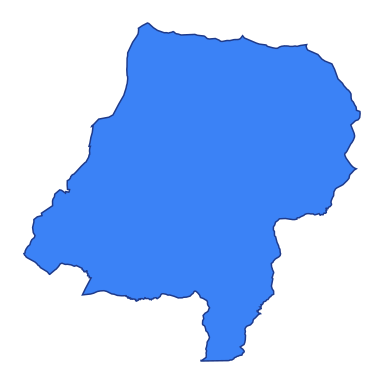 outline of Ocland, Harghita, Romania
{"feature_id": "2599482B57317224017504", "entity_name": "Ocland", "entity_type": "district", "adm_level": 2, "iso_a3": "ROU", "parent_name": "Romania", "parent_adm1": "Harghita", "projection": "robinson", "projection_center": [25.454, 46.155], "detail": "fine", "context": "isolated", "style": "filled", "palette": "blue", "viewbox_px": 384, "rotation_deg": 0, "n_neighbors": 0, "source": "geoboundaries", "source_scale": "gbopen_adm2", "svg_char_len": 5936}
<svg xmlns="http://www.w3.org/2000/svg" viewBox="0 0 384 384"><path d="M201.1,361.0L228.8,360.6L230.3,360.0L231.8,360.0L233.9,358.7L234.4,357.7L236.2,357.0L236.7,356.5L238.6,356.0L239.3,355.5L241.9,355.1L242.7,353.1L243.5,352.7L244.0,352.1L244.2,351.5L244.0,350.8L242.9,349.3L240.6,347.5L240.2,346.9L244.0,344.5L244.8,342.5L245.3,339.8L245.5,335.7L245.5,335.1L245.0,334.4L244.9,333.8L245.4,331.4L245.0,329.6L245.0,328.8L245.5,327.8L246.3,326.7L247.2,326.0L250.5,324.8L252.7,322.4L253.3,319.7L254.0,318.9L255.4,317.8L258.2,314.8L259.6,313.9L260.5,313.7L260.0,313.2L259.0,313.3L258.3,312.3L257.2,311.6L257.2,310.9L257.7,311.1L258.2,310.9L258.5,309.8L259.8,309.6L260.0,308.9L261.2,308.6L261.2,308.1L261.0,307.6L260.1,307.0L260.6,306.9L261.5,305.7L261.0,304.7L262.5,304.2L263.0,303.6L263.2,302.5L263.8,301.8L265.6,301.2L266.9,299.7L268.0,299.5L269.4,297.4L270.0,296.9L270.7,296.6L271.6,295.3L273.7,294.2L273.6,291.0L272.2,288.9L271.4,286.1L272.8,278.9L272.7,278.4L272.2,278.1L272.0,277.6L272.6,276.2L273.1,274.2L273.7,272.9L273.6,272.1L272.3,269.2L272.3,268.7L271.6,266.9L271.3,263.5L272.9,262.3L273.5,261.0L275.4,258.9L278.8,256.9L280.1,255.6L280.6,253.8L280.2,252.5L279.9,249.2L279.0,247.8L278.6,245.8L277.0,242.3L275.6,236.7L274.9,236.2L274.5,235.4L274.4,231.4L273.4,230.0L273.4,226.9L274.7,225.0L275.5,222.2L277.8,220.5L279.4,218.8L285.4,218.5L292.8,219.6L294.6,219.6L296.9,219.1L296.9,218.3L297.4,217.8L299.1,217.8L300.8,216.7L303.8,215.4L304.9,214.4L306.8,213.7L309.0,213.6L310.6,213.9L313.1,213.9L314.6,214.8L315.1,214.8L319.1,213.6L320.0,215.1L320.3,215.2L320.9,214.6L323.1,214.7L323.3,214.1L324.1,213.1L325.3,213.3L326.3,212.6L326.3,211.8L325.9,210.8L326.8,210.1L326.0,208.9L326.0,208.5L326.2,208.2L327.2,208.8L328.0,208.6L328.0,208.0L329.2,206.8L330.0,206.6L331.5,204.8L331.5,204.0L331.0,202.6L331.2,200.8L332.6,197.4L333.6,195.8L333.9,191.9L335.5,188.9L336.8,187.9L342.9,184.7L347.1,180.6L349.0,178.3L349.6,175.3L350.2,174.3L351.5,173.1L354.3,170.0L356.3,168.8L354.6,168.1L352.6,166.7L350.6,164.5L346.2,158.3L345.0,155.7L344.7,154.3L345.2,153.0L345.7,152.9L346.9,151.3L350.6,144.2L352.0,142.4L353.4,140.0L354.5,137.1L354.6,135.8L354.1,133.3L350.8,125.0L355.5,120.7L358.1,119.8L358.6,119.2L359.7,117.6L360.1,113.7L360.0,112.3L359.9,111.5L356.5,110.3L356.1,107.0L354.7,104.9L353.4,102.1L351.8,100.4L351.5,99.7L351.1,97.8L351.0,94.0L350.2,92.4L348.4,90.1L347.4,89.6L343.8,85.6L342.5,83.3L338.0,78.9L334.6,69.4L331.9,63.9L325.0,61.1L321.9,59.1L317.9,54.5L307.8,50.1L306.8,48.6L306.1,46.1L306.7,44.6L300.3,45.5L297.1,46.4L295.1,46.0L292.7,46.4L289.8,46.4L288.1,46.0L284.3,45.9L281.5,46.3L279.7,46.9L277.4,48.3L275.6,48.3L272.8,47.8L267.2,46.3L266.5,45.2L265.5,44.9L259.4,44.1L256.4,43.1L244.4,38.0L242.6,35.7L240.6,38.3L239.6,39.1L238.1,39.5L234.1,39.6L229.8,40.6L227.0,40.5L222.6,41.4L221.0,41.4L220.5,41.2L219.2,40.2L215.3,38.5L209.2,39.0L207.3,38.6L204.8,36.4L203.9,36.0L197.5,35.3L194.9,34.4L181.1,35.0L178.1,34.0L176.4,33.8L175.2,33.2L174.4,32.3L173.1,31.6L171.5,32.3L169.9,32.6L168.4,33.1L166.8,32.7L164.1,32.7L157.5,30.4L153.4,27.7L148.8,23.5L147.4,23.0L142.4,25.6L138.4,28.3L138.6,29.2L138.4,32.1L138.0,34.1L136.4,36.8L132.7,42.2L127.7,52.8L127.6,56.0L127.1,58.2L127.0,66.9L126.8,69.5L127.1,75.5L127.6,76.5L127.7,78.8L127.2,83.5L126.6,85.4L126.1,88.0L123.8,95.3L118.8,104.0L113.0,114.9L108.9,117.2L98.7,119.1L93.4,124.7L92.0,125.7L91.6,126.5L93.0,126.1L92.9,127.4L92.3,132.5L90.9,137.4L89.9,143.2L89.0,146.3L90.4,146.3L89.9,147.6L89.6,149.4L89.5,151.0L89.7,152.9L89.6,154.6L89.2,154.8L88.6,157.3L86.0,162.0L84.9,162.7L81.2,166.3L76.0,172.0L73.9,174.1L72.3,174.8L70.8,176.6L70.3,178.2L69.2,179.6L67.3,180.7L67.2,185.1L67.5,189.4L69.6,189.6L69.3,191.1L68.8,192.2L65.8,191.6L65.5,193.1L61.5,190.3L59.7,189.9L54.8,194.1L54.4,196.9L53.0,199.1L52.5,201.0L52.6,205.7L41.4,213.2L42.0,215.6L37.3,216.8L33.9,219.5L33.9,222.0L32.6,227.5L33.3,232.7L35.0,235.5L34.4,237.5L31.9,239.6L30.7,241.9L29.9,244.7L27.7,246.6L26.0,249.2L25.1,251.3L25.1,252.8L23.9,253.5L24.5,254.9L25.6,256.0L26.0,256.8L27.3,257.8L34.8,261.9L36.7,263.5L38.2,265.4L39.0,265.7L39.6,266.4L40.4,267.6L47.3,271.8L49.4,274.3L49.8,274.3L55.1,269.8L56.2,269.1L58.5,266.5L60.3,263.8L62.0,263.2L65.2,264.4L67.6,264.3L71.3,264.9L73.9,266.1L74.4,266.2L75.1,265.8L75.8,265.9L76.3,265.5L82.2,268.4L82.1,269.4L83.8,270.7L83.8,271.4L84.2,271.8L85.5,271.8L86.4,270.8L86.8,270.8L87.1,271.1L86.9,272.0L87.0,272.9L88.0,274.0L87.6,275.3L87.6,275.7L89.3,276.2L89.4,276.7L89.2,277.6L91.1,277.9L85.3,288.8L82.4,294.9L90.6,294.0L93.6,293.2L97.4,291.5L100.4,290.9L104.0,290.7L106.7,291.4L111.7,293.9L114.1,294.2L117.3,295.4L121.8,295.8L126.1,295.7L126.1,296.4L127.3,296.8L127.5,297.2L128.1,297.0L128.2,297.4L128.0,298.0L128.6,298.1L129.9,297.6L130.1,297.8L129.9,298.6L130.9,299.2L131.4,299.1L131.8,298.6L132.4,299.2L133.8,299.0L135.7,299.5L135.9,299.9L135.6,300.6L136.4,301.1L138.2,300.3L138.5,299.2L138.9,299.1L139.7,298.9L139.7,299.5L140.1,299.6L140.6,299.4L141.0,298.6L142.2,298.6L143.7,299.2L144.6,298.4L144.9,297.7L145.3,297.8L145.8,298.6L148.1,298.5L149.0,298.8L149.6,299.5L150.6,299.3L151.3,299.8L151.7,299.1L153.0,298.9L153.5,298.2L155.4,297.7L156.3,297.8L156.7,298.5L157.4,298.6L160.1,296.5L161.0,294.5L162.0,293.8L163.1,293.7L165.9,294.2L167.9,295.1L169.8,295.0L174.2,296.3L178.2,297.9L182.4,297.8L183.5,297.3L186.6,297.1L190.1,296.1L191.8,294.3L193.1,293.4L194.2,291.4L195.0,291.1L195.9,291.3L197.5,292.6L199.5,295.0L200.5,297.5L203.1,298.4L206.8,300.6L207.5,302.0L207.5,303.9L207.8,305.0L209.6,307.9L208.8,309.0L208.2,311.0L206.7,312.3L205.2,313.1L203.1,315.5L203.7,318.5L203.6,319.1L202.7,320.6L202.5,323.5L202.6,324.4L203.1,325.0L204.3,325.7L204.9,326.5L205.6,328.9L205.9,330.8L207.1,331.8L208.2,333.5L208.5,334.8L209.4,336.9L209.4,337.8L208.7,339.6L207.4,341.6L207.1,342.4L207.1,343.9L206.5,347.0L205.9,348.7L205.9,349.3L206.5,350.5L206.5,351.3L206.1,353.0L206.3,354.7L206.1,357.4L202.0,360.3L201.0,360.4L201.1,361.0Z" fill="#3b82f6" stroke="#1e3a8a" stroke-width="1.5"/></svg>